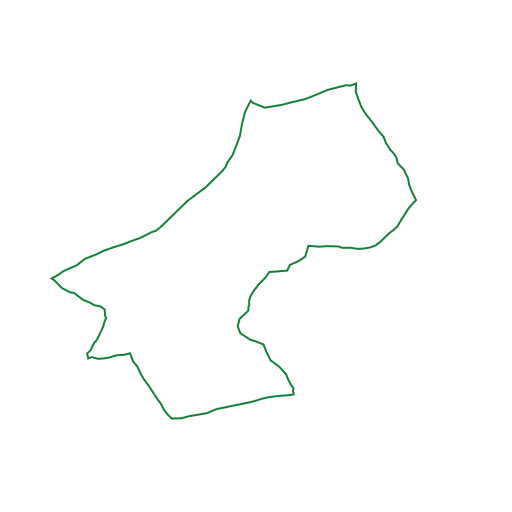 Etsako West, Edo, Nigeria (Natural Earth projection), rotated 46°
{"feature_id": "59680162B35912483761792", "entity_name": "Etsako West", "entity_type": "district", "adm_level": 2, "iso_a3": "NGA", "parent_name": "Nigeria", "parent_adm1": "Edo", "projection": "natural_earth1", "projection_center": [6.315, 7.0], "detail": "fine", "context": "isolated", "style": "outline", "palette": "green", "viewbox_px": 512, "rotation_deg": 46, "n_neighbors": 0, "source": "geoboundaries", "source_scale": "gbopen_adm2", "svg_char_len": 2407}
<svg xmlns="http://www.w3.org/2000/svg" viewBox="0 0 512 512"><g transform="rotate(46 256 256)"><path d="M196.5,407.0L198.0,410.4L199.4,413.0L199.8,413.6L200.9,415.5L203.1,421.4L204.5,424.8L206.0,429.9L206.0,432.5L207.4,436.7L208.9,440.1L208.9,445.3L211.9,447.0L213.2,447.8L214.7,444.3L217.8,442.5L220.4,440.9L224.0,436.6L226.9,432.3L230.5,425.4L235.5,419.4L237.0,416.8L238.4,414.2L246.4,417.6L246.5,417.6L253.6,418.3L260.8,420.8L267.3,422.4L274.5,423.2L282.4,424.8L282.8,424.9L291.1,426.4L296.9,427.2L298.9,427.9L301.9,428.9L308.4,429.7L310.6,429.6L314.2,429.6L320.7,422.7L325.0,415.0L328.6,409.8L335.0,400.4L338.6,391.0L345.1,380.7L351.6,370.4L356.6,362.6L359.5,357.5L363.0,350.6L366.6,344.6L373.1,336.0L377.4,330.9L380.3,327.4L381.7,324.9L379.1,323.4L377.1,320.8L372.9,320.3L366.9,318.5L362.2,316.6L351.9,316.2L341.3,318.0L331.8,315.0L324.9,312.1L317.4,315.4L312.3,318.3L300.6,320.9L293.7,317.9L289.8,311.3L290.0,299.4L287.5,297.0L286.6,294.9L282.8,291.4L280.9,287.1L279.5,282.0L278.2,272.7L278.1,264.2L276.8,257.5L288.2,243.7L286.0,237.6L289.2,228.9L290.6,221.0L285.1,211.2L293.4,203.9L297.7,198.7L298.1,198.3L302.0,194.4L306.3,190.1L309.9,188.4L315.7,182.3L318.2,180.4L321.4,178.0L325.8,172.9L329.3,167.7L331.5,162.6L332.2,156.6L332.2,148.1L332.2,143.8L332.9,138.7L332.9,136.4L332.9,134.5L332.9,133.6L330.7,125.9L329.2,119.1L327.7,113.1L327.0,106.3L327.0,102.1L321.9,100.4L316.9,98.8L311.1,96.3L306.1,92.9L299.1,90.5L296.7,89.6L288.0,89.7L282.2,86.4L276.5,85.6L272.9,85.6L264.9,84.0L259.1,81.5L249.8,80.8L244.0,80.0L238.2,79.2L229.6,78.4L228.3,78.1L227.3,77.9L226.1,77.6L222.3,76.8L214.4,73.5L207.2,70.1L201.4,64.2L199.2,69.4L195.6,72.8L192.1,78.8L186.3,89.1L179.9,105.4L177.0,112.2L169.8,124.2L167.5,128.4L165.5,132.0L155.4,146.6L143.9,151.8L140.6,151.9L144.7,163.8L146.8,167.1L150.5,173.1L150.9,173.7L154.1,178.2L158.4,184.1L162.1,191.7L167.1,202.7L168.5,209.6L168.6,210.4L170.8,216.3L171.5,221.4L171.5,231.1L171.6,235.9L171.6,244.5L168.8,266.7L168.9,305.0L168.2,311.0L166.7,313.6L164.6,320.4L162.4,327.3L158.9,334.8L158.8,335.0L157.7,337.7L157.6,337.9L155.3,343.5L150.9,352.1L146.6,361.5L143.8,370.1L139.5,380.4L138.8,384.6L138.1,391.5L135.9,397.5L133.1,405.2L132.3,411.1L130.3,418.6L133.8,417.9L140.3,417.9L144.6,417.8L146.8,417.0L152.6,415.2L156.2,412.6L167.7,410.8L173.5,408.1L179.2,406.4L184.3,402.9L189.3,402.0L194.4,406.2L196.5,407.0Z" fill="none" stroke="#15803d" stroke-width="2"/></g></svg>